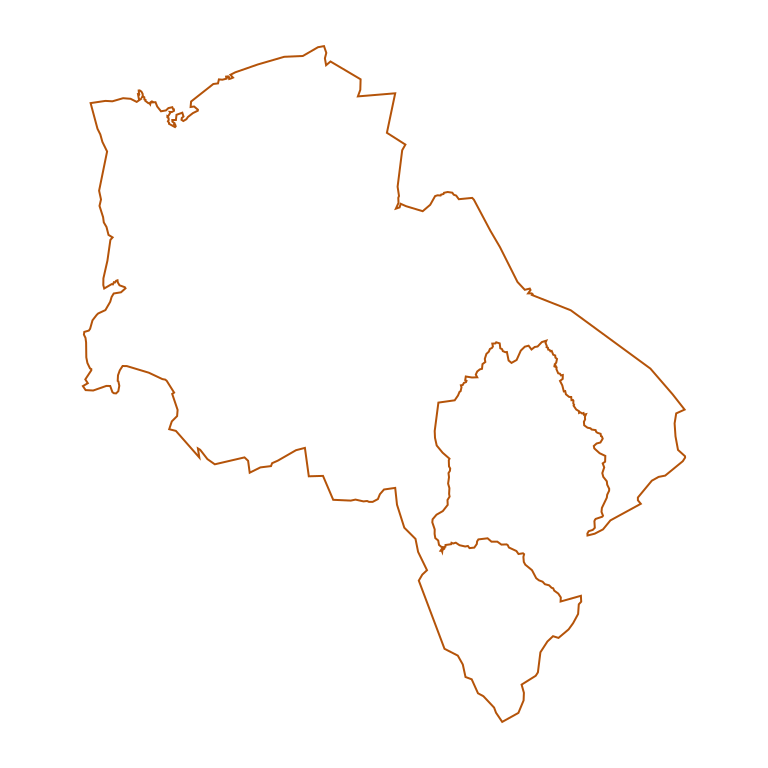 outline of Chilapa de Álvarez, Guerrero, Mexico
{"feature_id": "50627088B21045528675432", "entity_name": "Chilapa de Álvarez", "entity_type": "district", "adm_level": 2, "iso_a3": "MEX", "parent_name": "Mexico", "parent_adm1": "Guerrero", "projection": "robinson", "projection_center": [-99.099, 17.491], "detail": "fine", "context": "isolated", "style": "outline", "palette": "amber", "viewbox_px": 768, "rotation_deg": 0, "n_neighbors": 0, "source": "geoboundaries", "source_scale": "gbopen_adm2", "svg_char_len": 6059}
<svg xmlns="http://www.w3.org/2000/svg" viewBox="0 0 768 768"><path d="M405.4,144.6L386.9,132.8L395.2,93.3L357.9,96.4L360.3,89.8L360.6,79.3L330.5,61.5L326.1,65.2L324.9,58.3L326.3,52.9L324.0,46.1L318.0,47.2L302.8,56.0L284.2,56.8L257.7,64.5L235.3,72.3L230.4,74.8L233.0,77.6L230.6,78.6L229.2,79.0L229.0,77.3L228.0,77.5L227.9,76.4L226.1,76.6L226.4,78.7L222.4,79.7L218.9,79.4L218.0,83.4L213.3,84.0L191.1,101.5L190.6,107.0L194.1,106.5L197.9,109.7L197.8,110.7L192.9,113.1L187.9,117.0L186.4,119.2L183.3,121.0L181.5,119.8L181.8,118.0L183.5,116.5L182.3,112.7L176.5,114.8L175.9,120.0L172.3,120.0L172.4,121.6L174.6,123.3L174.1,124.2L175.3,124.9L175.7,126.3L175.0,127.1L169.0,123.8L169.0,122.7L167.9,121.3L168.7,120.0L168.6,118.2L167.4,117.3L167.4,116.0L168.1,116.3L170.3,112.7L169.8,111.9L171.9,112.0L174.0,110.8L173.9,109.3L173.1,109.1L172.3,107.2L168.4,108.1L166.0,110.4L161.0,111.3L157.2,106.5L155.5,102.2L152.3,102.4L152.7,101.8L151.9,101.4L150.6,102.2L150.2,104.3L149.4,103.1L148.4,103.2L145.3,100.8L145.5,99.9L144.4,99.4L144.3,97.3L143.2,96.5L142.0,97.3L142.8,95.7L142.6,93.8L141.4,91.6L139.7,90.4L138.7,90.5L139.0,93.6L138.4,93.8L139.7,95.3L138.1,94.7L138.9,99.0L140.3,99.4L136.7,101.9L130.6,98.8L123.1,98.2L112.4,101.3L105.4,100.9L90.6,103.1L97.5,128.8L100.3,134.4L102.4,141.9L107.1,151.5L99.1,190.7L101.0,199.5L99.5,205.9L103.1,217.2L103.8,222.4L106.5,227.0L108.5,234.9L112.6,237.4L110.4,239.9L107.4,260.8L103.4,278.4L103.3,285.1L104.2,288.5L111.7,284.1L112.9,284.4L113.9,282.2L114.9,282.5L116.1,280.8L117.5,280.3L117.8,282.4L119.5,285.3L124.8,287.2L125.5,288.3L121.0,292.3L113.7,293.5L111.6,297.0L110.2,301.8L105.4,310.1L98.1,313.5L96.6,315.0L92.5,320.3L90.1,328.8L88.8,330.6L84.3,331.9L83.9,334.6L85.5,337.9L86.1,342.5L86.3,357.4L87.4,363.0L90.0,368.4L91.3,369.1L91.3,370.3L85.3,379.4L87.8,383.2L82.9,386.1L85.6,390.1L93.2,390.5L106.4,385.9L110.2,386.0L112.4,392.1L113.8,393.2L116.1,393.4L118.3,391.2L119.3,385.8L118.4,381.4L117.7,380.9L118.0,375.3L119.8,370.3L122.6,366.0L126.9,366.1L148.8,372.7L162.4,379.1L165.2,379.6L166.7,380.8L174.1,392.6L172.2,393.9L177.6,409.9L177.1,416.1L171.8,421.4L169.2,429.2L175.9,430.9L199.3,457.5L197.9,448.4L200.2,449.8L207.4,459.1L214.8,464.3L244.5,457.4L248.1,460.8L249.7,472.7L260.4,467.4L271.0,466.1L272.1,463.2L277.9,460.6L296.0,450.2L304.9,447.9L308.8,476.3L323.0,475.9L333.2,499.8L350.8,500.6L355.5,499.6L363.5,501.4L367.1,501.0L369.1,501.9L372.6,501.9L377.9,499.1L379.9,494.2L384.0,489.5L395.2,487.9L397.0,504.7L404.3,527.7L415.5,538.9L418.1,551.9L427.0,570.2L422.3,574.6L418.8,580.6L444.5,648.8L457.8,655.6L462.8,664.5L465.5,677.0L471.7,679.3L478.0,693.3L483.4,696.2L494.1,707.6L496.0,712.7L502.2,721.9L518.4,712.9L523.6,700.4L523.9,692.8L521.6,684.6L535.7,675.8L537.9,672.4L540.4,652.3L547.4,641.5L553.0,636.2L558.5,637.9L568.6,629.4L573.1,623.2L578.1,614.0L578.8,604.3L581.2,601.7L580.9,595.8L560.6,601.5L560.8,597.4L558.3,593.6L554.2,590.6L553.2,588.3L551.6,587.8L549.1,585.3L544.9,584.2L542.6,581.7L538.9,580.3L536.2,578.2L532.0,570.2L525.3,564.7L523.8,561.9L523.4,556.9L524.1,554.2L523.0,553.3L518.5,554.0L516.4,551.0L508.9,547.5L507.8,545.2L506.6,544.4L501.4,544.6L497.4,541.7L491.5,541.7L487.6,538.3L478.4,539.4L477.1,541.4L476.8,544.0L474.3,547.6L469.5,548.1L467.9,546.0L465.2,546.5L459.5,545.2L455.8,542.7L453.1,543.5L451.5,542.8L451.1,544.2L445.5,545.0L445.4,546.7L444.7,546.9L444.3,548.7L442.4,550.1L442.2,551.9L441.8,551.0L440.5,550.8L443.0,547.1L441.4,546.9L439.0,544.9L438.2,540.5L435.3,538.1L434.6,533.9L434.7,529.4L432.3,522.3L432.6,519.3L436.5,514.7L442.8,511.1L447.7,504.9L447.5,500.0L449.6,496.6L449.1,494.0L449.4,488.1L448.1,483.6L449.0,477.2L448.5,473.1L449.9,470.9L450.2,468.5L449.0,466.4L448.8,460.2L449.5,458.7L442.6,452.7L436.7,445.5L435.0,437.8L434.7,431.0L438.4,402.6L454.7,400.3L458.0,395.5L459.5,391.9L460.6,391.2L461.5,387.3L460.9,385.3L462.7,385.0L463.9,382.9L466.0,382.1L466.5,380.8L465.2,380.1L465.8,376.5L472.0,377.5L477.2,377.3L475.8,374.6L477.2,371.5L479.8,369.4L482.0,368.8L482.5,364.1L485.3,362.0L484.8,358.9L486.4,353.9L488.8,351.7L489.9,349.0L492.0,347.9L492.9,346.5L492.3,343.6L495.5,343.4L496.2,342.3L499.7,343.4L500.3,348.3L502.1,349.2L502.8,351.1L505.4,352.2L506.9,352.0L508.6,360.5L511.5,362.9L516.6,360.0L520.8,350.6L524.8,346.7L528.6,345.7L531.5,349.5L534.7,347.0L537.6,346.5L541.8,342.1L546.4,340.6L545.5,342.8L546.8,346.0L546.6,347.2L547.9,347.7L548.2,349.6L549.6,349.9L550.4,351.3L551.7,350.9L553.2,354.7L555.2,355.5L555.4,357.6L557.0,358.9L556.2,362.7L554.9,364.1L555.6,365.7L554.5,365.6L554.4,366.4L556.6,367.4L556.4,369.1L558.2,373.3L559.9,373.7L561.0,375.4L562.8,375.0L562.7,378.9L560.0,380.9L562.3,385.4L563.8,391.4L565.2,391.1L565.9,394.3L569.1,396.9L571.2,397.0L571.5,400.2L572.9,400.0L573.4,400.7L573.3,403.5L574.1,404.8L573.6,405.7L576.2,409.5L579.0,411.2L579.1,412.9L580.4,412.3L582.1,413.5L583.5,413.0L583.9,414.7L586.0,414.2L584.9,416.8L585.1,419.4L583.9,421.8L584.2,425.3L587.5,427.7L590.5,428.3L591.6,429.5L595.6,430.1L596.1,431.7L597.4,432.8L600.6,433.8L601.0,436.1L601.9,436.5L602.7,438.7L600.4,442.5L596.6,443.5L593.8,446.0L594.3,448.4L599.6,453.2L605.3,455.9L605.1,461.7L602.7,463.4L604.2,467.4L602.3,473.1L603.3,476.9L606.8,481.3L607.2,484.7L609.2,488.8L609.1,490.8L607.2,494.7L606.8,497.7L601.9,507.9L601.5,511.9L603.0,515.7L602.3,516.7L595.7,518.9L594.9,519.9L594.4,521.2L594.8,527.8L592.8,529.9L588.7,531.2L587.4,533.5L587.5,535.5L594.7,533.7L603.0,529.4L610.4,520.4L640.8,503.8L637.9,500.3L637.9,497.5L651.8,480.7L658.6,476.9L665.2,475.6L682.8,461.2L685.1,457.6L685.0,456.2L678.0,449.9L675.5,436.4L674.6,423.4L676.2,413.4L684.6,409.6L672.6,394.3L650.4,368.6L570.8,310.3L532.0,295.0L532.6,294.2L531.7,293.4L528.1,293.4L530.5,290.0L529.8,288.6L524.8,289.8L517.5,282.0L500.0,247.2L490.4,230.8L473.9,199.7L472.2,197.9L458.8,199.2L456.2,195.6L453.7,194.7L452.3,192.7L447.7,192.0L444.0,192.8L443.5,194.0L441.1,194.6L440.6,195.5L437.5,195.3L435.1,196.1L430.2,204.8L422.7,211.2L406.1,206.2L400.7,203.8L399.6,207.4L395.9,208.6L398.5,202.9L398.3,197.8L399.0,196.0L397.6,186.7L402.2,150.2L405.4,144.6Z" fill="none" stroke="#b45309" stroke-width="2"/></svg>